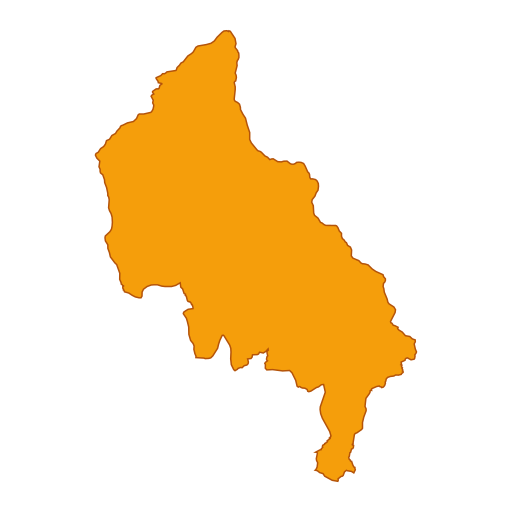 Toraja Utara, Sulawesi Selatan, Indonesia
{"feature_id": "22746128B99951949618583", "entity_name": "Toraja Utara", "entity_type": "district", "adm_level": 2, "iso_a3": "IDN", "parent_name": "Indonesia", "parent_adm1": "Sulawesi Selatan", "projection": "albers", "projection_center": [119.857, -2.899], "detail": "fine", "context": "isolated", "style": "filled", "palette": "amber", "viewbox_px": 512, "rotation_deg": 0, "n_neighbors": 0, "source": "geoboundaries", "source_scale": "gbopen_adm2", "svg_char_len": 6062}
<svg xmlns="http://www.w3.org/2000/svg" viewBox="0 0 512 512"><path d="M387.1,299.0L384.3,292.2L383.8,288.6L383.1,286.5L383.5,283.4L384.8,282.0L385.4,280.5L385.4,278.8L383.6,276.7L383.0,274.7L375.9,271.5L372.2,269.0L368.1,264.9L365.1,264.0L362.4,263.7L361.0,263.0L358.9,260.7L353.0,258.2L351.3,255.9L351.6,250.0L350.4,247.1L347.6,245.4L346.4,242.6L345.4,242.1L344.0,239.9L342.4,238.6L341.5,236.3L341.5,233.3L339.3,231.0L337.9,227.6L336.6,225.9L335.6,225.5L325.8,225.4L324.2,224.7L321.9,222.9L320.5,222.4L318.0,218.1L314.6,215.4L313.7,213.1L313.3,205.7L311.7,202.2L312.2,199.6L314.9,196.2L316.2,192.8L318.0,190.2L318.5,186.4L318.3,183.5L317.1,181.0L315.6,179.6L312.8,178.9L310.7,178.9L309.8,177.4L309.5,174.4L308.9,173.0L307.7,171.9L305.2,166.2L303.6,163.5L301.1,162.4L298.7,162.2L296.6,162.4L295.3,163.5L293.7,164.2L291.7,164.2L290.2,163.6L287.0,161.1L283.7,161.2L281.3,161.9L278.5,161.7L277.8,161.7L273.2,158.8L271.4,159.0L269.8,159.6L267.5,157.2L265.0,156.0L261.3,152.2L259.8,151.3L258.2,150.9L257.0,149.9L251.3,142.9L249.7,139.5L249.7,132.5L247.2,125.0L245.5,118.2L242.9,114.2L240.5,109.6L240.4,107.3L239.5,104.2L237.6,102.5L235.2,101.3L234.4,100.1L234.2,99.1L235.2,89.6L235.2,86.8L234.2,82.6L234.7,81.5L235.7,80.9L236.4,77.4L236.1,75.2L235.2,73.1L237.1,65.6L236.8,62.8L237.3,60.7L238.2,59.4L238.9,57.5L238.9,55.3L238.7,53.0L237.8,51.8L237.6,50.7L235.2,47.6L235.1,46.5L236.0,43.7L235.0,38.4L230.3,31.3L228.9,30.8L228.6,31.5L226.9,30.7L223.9,31.0L221.9,32.5L217.2,37.1L214.3,41.0L211.0,43.3L206.2,44.6L198.0,46.0L195.9,47.3L193.3,51.9L191.6,53.5L187.8,56.0L183.3,61.8L180.9,63.1L179.5,65.2L177.1,67.5L176.3,70.0L175.8,70.5L166.9,71.9L165.5,73.2L164.5,73.7L162.6,73.7L160.8,75.6L156.1,77.7L156.1,78.5L158.1,81.4L158.3,82.7L161.7,83.5L161.9,83.9L159.9,85.4L159.1,88.2L158.5,88.8L156.2,88.9L152.6,91.4L152.6,92.4L153.8,94.0L151.9,95.1L151.1,96.2L153.2,100.2L152.7,102.9L153.7,105.0L153.7,106.1L153.0,109.3L151.6,111.7L150.7,112.4L143.8,114.0L139.3,114.0L138.2,114.8L136.5,118.6L133.4,121.5L127.4,122.9L123.0,125.1L121.3,125.7L120.5,126.4L120.0,127.8L116.9,131.1L115.5,133.5L111.9,135.5L109.5,139.3L106.5,140.6L105.4,144.1L103.7,146.5L100.6,148.6L98.2,152.3L96.2,153.4L95.6,154.3L95.5,155.4L96.9,158.2L99.8,161.1L99.0,166.8L100.1,169.3L100.1,171.3L100.5,172.9L102.8,174.8L104.5,179.7L104.7,182.6L106.6,187.6L107.8,193.3L107.8,195.6L108.7,197.1L109.2,199.8L108.6,207.8L109.5,210.7L111.1,213.6L112.1,217.1L112.4,222.3L112.1,226.1L111.5,229.1L109.9,231.7L105.3,236.0L105.0,237.8L105.4,240.9L107.8,244.8L107.9,248.5L109.4,252.5L110.4,256.9L114.9,262.9L116.7,264.6L119.8,273.3L119.7,279.4L121.2,282.9L121.2,284.0L122.1,284.6L122.7,285.6L123.5,285.8L123.5,286.1L122.8,286.2L122.8,288.1L123.5,289.2L123.3,289.9L124.0,290.3L124.5,291.8L128.7,293.0L132.2,295.3L135.3,296.9L139.1,297.8L141.0,297.8L142.0,296.1L142.1,292.1L143.5,289.2L147.1,286.5L151.2,285.0L153.8,284.8L157.5,284.8L161.7,286.1L164.9,286.5L171.5,286.5L175.7,285.4L180.2,282.8L180.8,287.2L182.6,288.9L184.1,293.5L185.5,294.2L185.3,295.4L186.3,296.2L187.3,300.3L188.0,301.4L189.4,301.9L189.8,301.7L190.9,302.8L191.5,304.3L192.0,304.4L192.2,305.3L192.5,305.4L193.0,307.5L193.0,308.6L188.1,309.3L185.5,310.9L183.7,312.2L183.3,313.7L186.4,318.3L187.4,321.6L188.7,327.0L188.9,334.5L190.6,340.4L193.1,343.5L194.1,346.0L193.9,349.4L194.9,353.6L196.0,356.2L195.9,357.6L204.0,358.1L205.2,358.6L208.6,358.4L210.7,357.9L212.8,355.9L217.6,348.3L218.6,344.1L219.9,340.2L222.2,335.4L223.3,335.2L224.0,335.8L229.7,345.1L230.8,348.4L231.0,352.2L230.7,358.8L231.3,364.6L233.7,369.6L235.0,370.7L237.5,369.2L237.9,368.5L240.5,367.5L242.1,367.7L244.2,365.7L246.9,365.0L248.1,363.7L248.4,362.0L247.6,358.9L251.0,358.5L252.1,357.1L252.5,354.8L257.3,354.6L258.5,354.0L259.6,352.2L263.3,353.0L265.8,351.4L268.1,348.9L268.3,350.2L267.1,351.1L267.0,352.7L267.7,355.9L267.0,356.7L266.5,359.0L266.7,359.9L267.5,360.8L265.4,362.4L264.8,363.4L265.4,364.5L265.3,368.2L266.8,369.9L272.6,369.6L282.6,370.9L289.6,370.5L292.0,372.8L295.7,380.3L297.1,386.2L298.3,387.1L299.3,386.6L300.1,386.7L300.9,387.4L302.4,388.0L304.9,388.2L307.2,389.5L307.7,391.2L308.8,391.7L310.9,391.1L316.5,387.5L318.5,386.9L321.4,384.7L323.6,384.5L325.3,392.2L320.3,406.8L320.1,409.5L320.7,413.7L322.4,418.3L329.7,431.5L331.0,436.0L330.5,436.4L330.3,438.0L329.6,437.8L329.3,438.0L329.5,439.1L327.2,440.7L327.5,441.5L327.2,442.0L326.1,442.5L325.6,443.4L324.7,443.5L324.4,444.4L322.7,445.3L322.4,446.6L322.7,447.3L321.1,449.1L321.2,449.6L319.9,449.9L315.6,452.2L317.1,452.4L317.4,453.3L316.3,458.7L316.6,460.6L317.6,462.5L317.6,463.3L317.1,467.1L315.9,469.6L315.2,470.2L317.3,470.7L319.7,472.6L323.0,473.6L324.7,476.2L332.2,480.3L337.8,481.3L338.2,480.4L338.1,478.8L341.0,476.5L342.5,476.1L343.2,475.4L344.5,471.9L346.4,470.3L347.2,470.7L351.4,471.4L353.8,472.9L355.3,469.8L354.8,468.0L354.9,467.4L354.0,467.1L352.9,465.2L351.6,461.4L351.2,461.5L350.3,460.7L350.1,459.9L349.1,459.1L348.7,457.2L349.3,456.3L349.9,452.6L350.6,452.3L351.5,449.1L352.7,448.6L353.3,447.7L353.6,445.6L352.3,444.8L352.3,444.3L353.2,443.9L353.0,443.5L354.4,434.6L355.2,433.5L357.1,432.7L361.7,429.4L362.5,428.3L362.5,422.5L363.8,417.0L366.1,410.8L366.1,408.9L365.0,406.4L365.9,398.4L369.3,393.7L370.0,392.3L370.2,390.7L371.0,390.2L371.6,390.4L371.5,389.2L371.9,388.6L376.7,386.5L379.3,386.0L380.1,386.8L381.0,386.8L381.7,387.6L383.3,387.1L384.6,385.6L385.4,383.3L385.2,382.1L385.8,381.1L386.2,379.0L387.6,377.4L390.1,376.5L393.9,376.0L395.6,375.0L398.5,375.1L401.2,374.4L401.7,373.5L403.1,372.4L403.1,371.6L402.4,371.0L402.8,370.5L402.7,369.8L402.0,368.3L402.4,367.8L401.5,366.7L401.9,365.2L401.0,364.8L401.5,364.4L401.1,362.1L405.0,360.3L405.3,359.0L406.2,358.2L407.5,357.9L411.0,359.8L414.1,359.2L414.6,358.5L415.0,356.5L414.9,354.7L415.9,353.4L416.5,351.9L415.3,349.0L414.3,344.5L414.3,343.6L415.3,341.8L415.2,339.9L412.3,338.9L409.8,336.5L405.4,335.7L402.3,332.1L399.0,330.1L397.6,328.6L398.1,327.3L394.7,325.6L393.3,325.3L391.9,323.2L390.8,322.7L390.5,321.5L395.1,312.5L395.5,309.7L393.9,307.0L389.1,303.9L387.9,302.3L387.1,299.0Z" fill="#f59e0b" stroke="#b45309" stroke-width="1.5"/></svg>